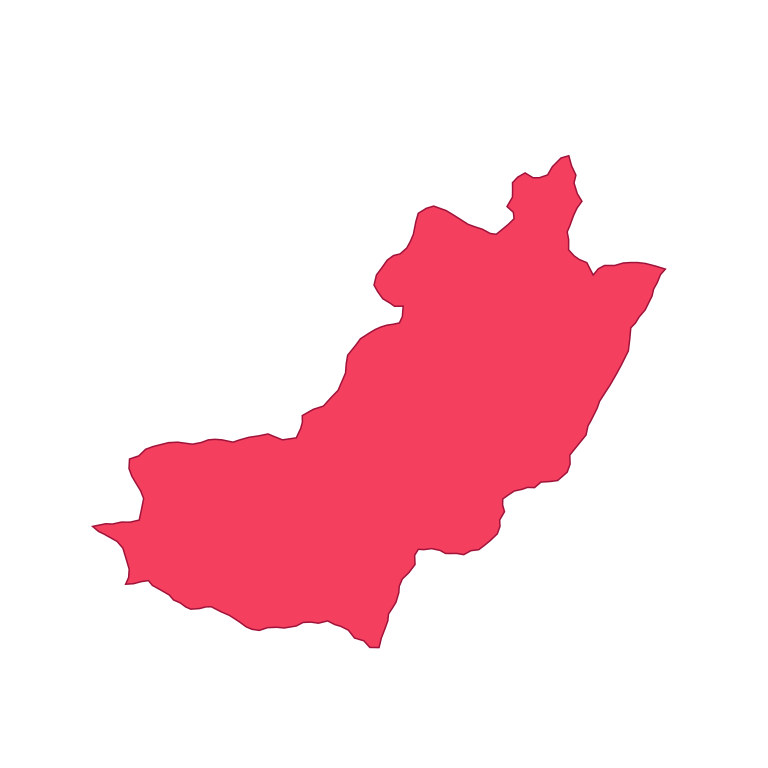 Herculândia, São Paulo, Brazil (Albers equal-area conic projection), rotated 20°
{"feature_id": "56859067B3625092045364", "entity_name": "Herculândia", "entity_type": "district", "adm_level": 2, "iso_a3": "BRA", "parent_name": "Brazil", "parent_adm1": "São Paulo", "projection": "albers", "projection_center": [-50.378, -21.944], "detail": "fine", "context": "isolated", "style": "filled", "palette": "rose", "viewbox_px": 768, "rotation_deg": 20, "n_neighbors": 0, "source": "geoboundaries", "source_scale": "gbopen_adm2", "svg_char_len": 2834}
<svg xmlns="http://www.w3.org/2000/svg" viewBox="0 0 768 768"><g transform="rotate(20 384 384)"><path d="M435.9,150.9L438.3,157.2L440.8,164.5L438.9,175.2L446.8,178.4L449.7,184.2L446.2,191.5L442.4,198.0L438.3,204.9L432.4,206.2L423.3,204.9L415.9,205.2L408.3,205.2L399.5,203.2L393.1,201.8L383.3,199.8L369.9,199.8L363.7,204.4L357.8,211.9L358.4,220.4L360.4,233.3L360.0,241.0L358.9,248.4L354.6,256.3L349.0,260.0L344.7,266.4L342.3,275.2L339.6,284.1L340.8,294.5L346.4,299.3L353.7,304.3L361.9,305.9L367.3,307.4L375.4,304.3L378.2,314.4L377.6,321.3L371.9,324.9L366.6,327.7L361.7,331.4L357.0,335.9L352.6,341.3L346.4,349.5L344.1,357.4L340.0,369.4L341.5,377.6L344.1,386.9L343.0,405.7L338.7,415.3L334.6,425.5L326.2,432.0L318.0,441.6L320.4,447.9L320.9,454.4L320.0,464.6L307.7,471.2L298.3,470.9L292.1,470.6L284.0,475.6L275.1,480.4L267.2,486.1L262.0,490.3L250.8,491.9L244.1,493.8L238.0,496.6L232.1,501.6L224.5,506.1L210.1,509.2L201.6,512.8L196.1,516.5L188.2,521.9L182.3,526.9L178.2,535.4L170.5,541.5L173.3,550.7L178.5,556.8L183.8,561.2L191.7,567.5L197.3,573.8L199.1,585.5L200.5,595.6L192.6,600.7L184.4,603.6L176.7,608.5L170.3,610.5L158.9,617.5L166.2,620.2L172.1,620.8L178.2,621.8L187.0,623.2L194.7,627.5L200.3,634.9L207.9,645.2L210.2,653.1L209.7,660.5L217.0,657.3L223.4,652.8L229.9,649.3L235.3,652.5L243.0,653.7L254.4,655.7L260.0,658.9L267.4,659.4L273.8,661.3L279.4,661.7L287.5,658.1L292.8,654.4L297.9,652.4L309.0,653.8L317.8,654.3L329.2,656.9L337.4,659.3L343.6,659.7L351.1,658.2L357.9,652.8L366.4,649.3L373.7,647.4L384.2,641.5L389.6,635.7L396.6,632.8L404.2,631.2L412.1,625.9L420.1,626.9L426.3,626.5L434.7,627.5L443.2,632.8L452.9,632.2L460.8,636.4L469.5,633.4L468.4,623.7L468.6,613.0L468.6,605.4L466.9,598.5L468.6,591.4L469.9,585.0L469.3,575.0L467.5,568.9L467.9,561.0L472.0,552.5L474.9,543.0L471.4,534.5L472.8,527.6L478.1,526.0L485.1,522.4L493.6,521.2L499.8,522.2L505.1,520.3L510.1,518.4L517.3,517.1L522.7,510.9L529.7,507.3L534.1,500.4L537.6,494.4L541.7,486.1L541.7,478.2L539.2,472.2L540.9,462.8L536.8,457.0L534.9,451.4L539.1,445.3L543.0,440.0L549.7,435.8L554.2,432.1L560.9,429.9L565.0,422.5L573.7,418.7L580.2,415.3L586.3,404.2L586.3,395.7L582.9,387.2L591.3,362.8L590.0,353.7L591.1,347.0L592.6,333.7L592.5,326.4L594.9,315.7L596.7,308.1L599.0,295.1L600.5,285.0L602.3,269.3L599.6,257.8L596.7,246.8L599.4,240.8L600.8,233.8L604.1,225.0L605.0,216.7L605.8,209.8L604.9,202.5L606.1,195.2L606.4,186.7L609.1,179.8L599.1,180.3L588.6,181.3L580.9,183.1L574.2,185.5L567.4,188.5L560.3,193.7L550.7,197.2L546.0,202.4L543.3,210.1L533.1,200.6L524.8,200.2L518.9,198.6L511.6,194.8L508.2,185.3L504.1,178.4L504.5,171.8L504.5,160.8L505.2,152.8L507.5,144.6L500.5,139.0L493.8,130.1L492.9,122.1L485.6,114.8L479.6,106.3L473.0,111.1L467.9,122.1L466.2,131.6L459.5,137.0L453.5,139.2L444.4,137.4L438.9,143.9L435.9,150.9Z" fill="#f43f5e" stroke="#9f1239" stroke-width="1.5"/></g></svg>